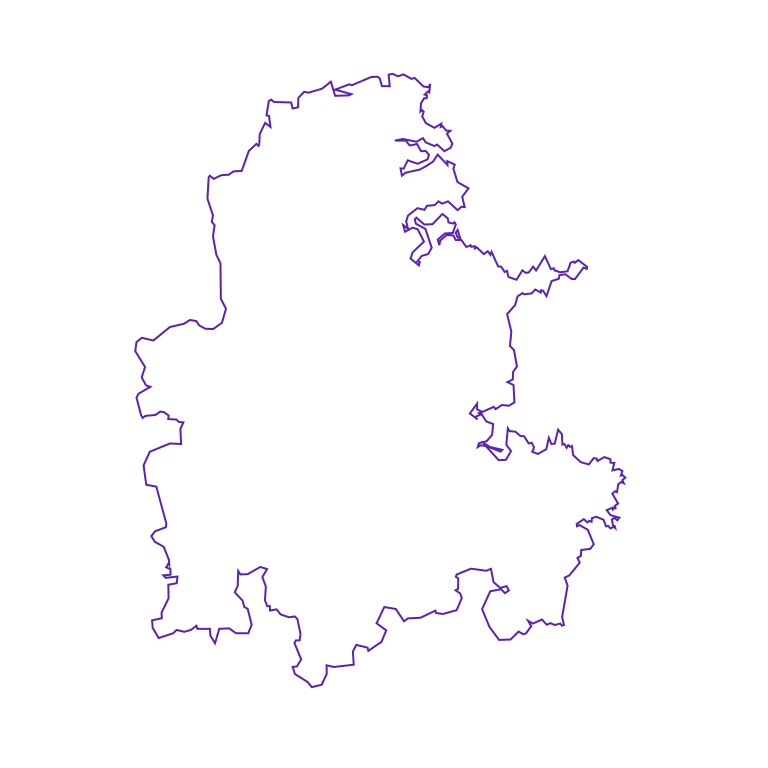 Bandon - Kinsale Lea-6, Cork, Ireland, rotated 277°
{"feature_id": "5873133B71141720266314", "entity_name": "Bandon - Kinsale Lea-6", "entity_type": "district", "adm_level": 2, "iso_a3": "IRL", "parent_name": "Ireland", "parent_adm1": "Cork", "projection": "mercator", "projection_center": [-8.645, 51.706], "detail": "fine", "context": "isolated", "style": "outline", "palette": "violet", "viewbox_px": 768, "rotation_deg": 277, "n_neighbors": 0, "source": "geoboundaries", "source_scale": "gbopen_adm2", "svg_char_len": 6135}
<svg xmlns="http://www.w3.org/2000/svg" viewBox="0 0 768 768"><g transform="rotate(277 384 384)"><path d="M400.3,138.0L395.4,133.2L386.3,133.1L371.7,144.8L361.0,142.7L353.6,148.0L352.7,152.4L344.4,141.5L340.4,140.0L323.6,146.6L320.9,148.7L323.2,150.9L325.5,161.1L329.4,165.3L329.2,169.1L326.5,174.1L322.9,174.1L323.4,182.3L321.3,185.2L321.5,189.5L314.7,187.4L299.7,189.9L298.9,178.8L288.2,159.8L274.0,155.3L255.0,160.3L254.4,170.5L219.2,184.9L215.3,185.0L209.9,174.7L204.7,171.6L199.4,175.8L195.6,185.2L183.2,192.0L178.3,192.9L179.4,191.9L175.5,190.2L174.2,194.6L168.7,195.4L167.2,188.3L165.0,190.9L167.7,202.5L161.0,202.5L158.5,194.4L145.0,196.3L130.2,191.1L124.4,192.0L121.2,182.6L113.8,184.1L104.4,191.3L110.9,205.2L114.6,208.0L113.7,216.0L116.4,222.4L121.2,227.2L118.2,228.7L119.8,241.0L113.2,242.3L106.1,247.9L120.9,250.3L122.6,260.0L118.6,267.5L120.0,279.6L128.9,282.0L144.2,276.1L145.7,272.5L151.8,270.0L159.1,261.2L165.6,263.4L180.6,262.1L177.5,264.7L178.7,272.0L187.3,283.5L186.1,290.5L177.5,286.8L168.6,291.4L154.8,292.2L149.3,295.2L149.7,297.7L145.3,298.5L147.2,304.8L142.7,309.5L140.9,318.2L142.4,323.8L140.2,326.7L125.7,331.6L119.3,331.5L118.7,327.7L116.0,326.7L100.5,335.4L93.0,331.9L92.1,327.8L85.3,330.9L78.9,344.5L74.3,349.3L77.9,358.8L89.2,362.5L97.8,361.3L97.0,368.6L101.7,388.2L114.7,385.7L121.7,388.3L120.3,399.8L117.2,401.0L127.9,413.0L139.8,416.2L145.6,405.8L162.7,411.5L162.1,423.2L150.9,432.8L154.3,436.3L156.4,448.6L165.3,462.6L163.0,463.6L162.9,470.5L168.4,483.7L181.1,487.3L185.4,485.1L188.0,480.2L189.7,482.5L200.1,481.4L201.4,478.8L203.8,479.4L211.3,492.8L211.1,508.2L213.6,512.7L200.7,516.9L195.8,524.1L198.3,530.3L194.3,533.1L191.1,529.5L194.6,525.2L191.2,514.7L172.5,508.8L156.0,518.1L144.0,529.4L145.8,540.7L154.7,547.8L152.7,552.5L153.6,555.2L161.5,559.6L166.6,555.8L164.4,561.0L169.5,569.5L164.9,574.8L166.9,578.4L165.6,582.8L167.7,588.1L165.8,590.2L166.8,592.0L174.4,589.2L206.2,590.8L213.9,587.0L216.7,591.4L230.5,600.0L235.0,597.2L237.4,600.4L243.3,600.0L245.5,608.8L250.5,611.7L264.2,604.0L267.8,595.2L266.3,593.0L268.6,592.3L274.2,598.8L271.4,602.8L273.2,604.5L272.5,606.8L276.2,606.8L278.1,610.9L276.1,618.3L269.7,621.9L270.5,623.8L268.3,626.4L269.9,629.1L277.2,626.7L279.3,629.2L277.1,632.2L280.0,633.9L281.4,624.8L285.9,620.4L289.2,626.1L287.4,626.6L289.7,628.1L288.1,629.4L291.2,628.0L293.9,630.9L302.9,624.0L305.8,626.5L305.0,628.5L313.0,628.7L315.6,631.3L314.7,634.1L317.6,632.3L320.5,634.9L322.8,631.8L322.0,630.3L326.7,631.2L328.3,627.4L326.1,621.3L333.7,622.2L333.5,618.5L337.0,617.8L338.3,611.6L333.6,605.3L335.8,604.3L336.0,601.2L329.1,597.1L330.4,588.8L336.5,580.4L345.4,578.1L344.3,576.3L345.8,574.3L342.9,573.1L346.4,570.3L345.6,568.4L355.8,566.7L359.9,562.4L345.6,560.7L344.9,557.4L350.6,554.2L339.0,553.0L333.3,545.2L334.9,539.4L339.2,540.7L343.7,537.8L342.6,534.9L349.3,529.3L349.0,525.7L352.7,520.3L352.5,514.4L355.1,512.3L338.6,512.8L332.9,518.3L323.6,514.2L322.4,507.1L335.0,492.4L331.1,507.7L333.1,509.4L334.4,497.0L337.5,490.1L334.9,492.0L334.9,487.3L332.8,484.7L336.8,485.5L339.8,492.9L346.7,497.5L357.6,497.2L359.3,490.1L367.6,483.2L366.6,481.7L365.6,484.0L362.3,478.2L360.3,481.2L365.2,472.8L375.9,478.8L370.1,479.5L368.3,485.1L374.7,495.7L372.6,497.8L377.5,503.5L377.7,510.7L381.7,515.7L398.7,512.7L400.9,506.3L404.2,511.3L411.5,510.6L417.6,513.8L433.5,508.9L437.1,504.4L451.5,504.0L468.4,497.7L478.3,504.5L487.3,505.9L491.1,510.5L490.1,512.4L492.0,519.7L496.2,522.5L493.9,528.4L496.1,528.4L496.0,530.5L491.0,534.6L506.6,537.8L509.7,544.6L513.5,544.9L515.0,550.7L511.1,557.5L511.4,560.8L523.8,567.8L523.0,571.2L525.0,571.3L530.7,561.8L527.5,558.6L528.7,557.4L527.1,554.4L518.2,552.4L516.4,545.3L517.5,539.5L519.5,538.5L518.4,535.6L530.5,528.1L515.2,521.1L518.7,517.7L512.4,514.1L511.6,511.1L513.7,507.5L503.7,502.9L504.2,499.8L505.5,494.4L511.3,492.3L509.9,490.0L514.7,486.1L514.7,482.9L528.3,474.6L525.2,473.8L528.4,470.8L525.1,467.3L531.0,459.3L529.6,457.6L531.8,457.3L530.8,453.9L532.3,453.0L530.0,449.0L536.3,443.3L535.6,437.7L539.9,434.7L539.5,428.1L533.4,422.4L528.5,422.0L534.0,419.8L540.8,426.0L542.3,433.9L551.1,435.8L553.1,434.3L551.7,433.1L552.2,428.3L556.2,427.1L559.9,421.3L548.5,412.6L547.2,404.6L553.0,395.9L551.1,394.5L547.0,396.1L543.0,406.2L525.1,414.7L518.4,412.1L515.8,405.9L509.8,402.2L509.3,404.7L506.0,404.2L511.7,395.1L518.2,396.4L530.2,406.3L541.7,398.6L542.6,393.2L537.7,386.3L544.1,383.7L541.1,388.9L548.0,386.2L554.1,387.3L562.6,395.8L561.8,403.0L566.1,404.8L567.7,412.5L571.9,415.8L570.1,419.8L573.1,425.3L565.5,435.9L569.4,439.3L569.4,442.5L579.4,438.8L588.5,444.0L593.4,432.3L606.2,426.6L610.4,427.5L612.9,419.6L609.1,420.3L618.2,409.3L610.9,405.7L605.6,399.6L601.3,393.6L596.4,379.8L593.0,376.4L600.0,374.1L600.2,377.3L608.9,380.3L606.7,390.5L612.2,399.8L616.9,400.7L620.3,397.2L619.6,392.4L626.2,387.6L623.9,380.5L628.2,375.8L626.9,365.1L629.5,372.9L628.4,386.8L632.8,392.7L629.0,395.8L626.3,404.9L628.1,407.6L622.4,415.6L626.7,421.4L630.8,422.6L640.1,416.0L643.4,418.9L643.1,414.8L647.2,410.6L646.1,409.0L649.4,409.1L644.4,402.9L648.0,393.8L654.2,389.3L659.2,390.2L660.4,388.5L658.8,387.0L667.2,386.5L672.5,389.0L672.9,391.5L675.8,391.5L676.2,389.1L679.9,392.2L679.0,393.4L687.5,393.3L684.0,392.1L684.1,386.9L691.5,377.1L690.2,373.9L693.7,365.5L691.1,360.5L692.9,354.8L691.6,350.9L680.3,353.4L679.4,345.6L686.9,342.5L688.2,340.1L687.1,333.8L676.6,315.7L677.3,313.2L670.2,299.6L667.7,316.3L666.2,314.1L664.1,300.4L677.6,294.4L669.6,286.6L663.9,273.5L664.3,269.2L657.6,264.1L648.2,265.0L646.3,259.7L652.1,257.6L650.5,240.5L652.5,237.4L650.8,235.2L636.3,234.6L636.1,237.2L625.3,240.0L628.7,234.2L616.9,230.2L606.3,231.0L605.0,230.4L606.8,228.1L598.8,221.4L578.1,216.8L576.7,208.7L572.8,204.4L571.4,197.0L566.9,190.0L569.5,185.7L567.6,184.8L546.4,186.2L530.5,193.7L524.0,193.3L521.0,196.5L509.6,196.3L491.7,201.9L483.8,207.0L448.6,211.7L439.5,218.0L425.0,215.7L417.7,207.7L417.1,199.9L419.7,193.3L423.5,190.1L423.9,183.7L419.4,178.1L414.4,164.5L399.1,149.8L400.3,138.0ZM538.4,439.2L538.0,441.9L545.9,438.3L542.8,436.7L538.4,439.2ZM269.3,631.0L271.9,630.0L270.2,629.8L269.3,631.0Z" fill="none" stroke="#5b21b6" stroke-width="2"/></g></svg>